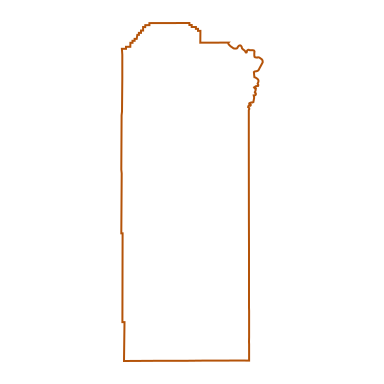 outline of Malheur, Oregon, United States of America
{"feature_id": "52423323B27805484985565", "entity_name": "Malheur", "entity_type": "district", "adm_level": 2, "iso_a3": "USA", "parent_name": "United States of America", "parent_adm1": "Oregon", "projection": "equal_earth", "projection_center": [-117.238, 43.221], "detail": "fine", "context": "isolated", "style": "outline", "palette": "amber", "viewbox_px": 384, "rotation_deg": 0, "n_neighbors": 0, "source": "geoboundaries", "source_scale": "gbopen_adm2", "svg_char_len": 2451}
<svg xmlns="http://www.w3.org/2000/svg" viewBox="0 0 384 384"><path d="M122.3,78.4L122.0,111.7L121.6,115.3L121.3,169.7L121.7,173.3L121.3,233.3L122.6,233.3L122.4,322.1L124.5,322.1L124.0,361.0L158.6,360.8L185.1,360.8L185.3,360.8L204.6,360.6L208.8,360.6L228.7,360.6L230.8,360.5L244.6,360.5L246.0,360.6L247.5,360.6L249.1,360.6L249.1,344.1L249.0,341.9L249.1,337.3L249.1,310.7L249.0,307.8L249.0,273.5L249.0,248.3L249.0,248.2L248.9,218.1L248.8,141.8L248.8,141.7L248.8,139.6L248.8,139.3L248.8,138.7L248.8,137.3L248.8,136.3L248.8,135.9L248.8,135.3L248.8,134.4L248.8,129.9L248.8,128.4L248.8,127.6L248.8,127.3L248.8,124.1L248.8,123.0L248.8,120.5L248.8,120.3L248.8,110.1L249.3,108.9L249.1,108.0L248.1,107.1L248.5,105.9L248.9,105.6L249.6,105.6L250.2,105.8L250.6,105.5L250.8,104.9L250.5,104.4L249.5,104.1L249.2,103.8L249.4,103.2L250.5,102.7L251.7,102.4L251.9,102.4L252.5,102.5L252.7,102.4L253.4,102.0L253.4,101.8L253.7,100.3L254.1,98.1L254.1,97.4L254.0,96.7L253.7,95.4L255.2,95.2L255.8,94.6L255.8,93.3L255.0,92.8L254.8,92.2L255.2,91.5L255.6,90.3L255.7,89.4L255.8,88.8L255.9,88.4L255.4,88.1L254.7,88.3L254.1,87.4L254.9,86.9L255.8,86.2L258.1,85.9L258.3,85.0L257.6,83.6L258.2,82.4L258.5,80.9L258.4,80.6L258.2,79.8L257.5,78.9L256.2,78.0L254.5,77.1L254.4,77.1L254.3,76.5L253.9,72.1L254.3,71.7L255.0,71.4L256.1,71.3L257.5,70.9L258.1,70.5L258.5,70.1L259.1,69.1L259.2,68.8L262.4,62.9L262.5,62.7L262.7,62.2L262.7,61.9L262.5,60.4L262.0,59.6L261.8,59.3L259.4,57.6L258.3,57.3L257.8,57.3L257.3,57.6L257.0,57.6L255.2,57.3L255.0,57.2L254.5,56.8L254.3,55.4L254.3,52.9L254.5,51.6L254.3,51.0L254.1,50.6L252.9,50.2L251.4,50.2L249.7,50.2L249.4,50.1L248.9,49.8L248.6,49.8L248.2,49.8L247.8,50.0L247.1,50.6L246.7,52.1L246.6,52.4L246.3,52.5L245.9,52.5L245.6,52.2L245.3,51.4L244.4,50.4L243.3,49.6L242.1,48.5L242.0,48.2L241.7,47.0L241.6,46.7L241.2,46.1L240.8,45.7L240.6,45.5L240.2,45.4L239.8,45.4L239.1,45.7L238.8,45.8L237.8,47.0L237.6,47.3L237.5,47.7L237.4,47.8L237.0,48.3L236.4,48.5L235.0,48.6L233.6,48.4L231.2,46.7L230.7,46.4L228.7,44.4L228.1,43.1L228.1,42.9L228.4,42.6L200.3,42.7L200.4,30.9L198.0,30.9L198.0,28.9L195.9,28.9L195.9,27.0L191.7,27.0L191.7,25.0L189.4,25.0L189.4,23.0L149.4,23.1L149.4,25.1L145.3,25.1L145.2,27.1L143.1,27.0L143.1,30.5L141.0,30.5L141.0,32.9L138.9,32.9L138.9,34.9L137.3,34.9L136.7,38.9L134.6,38.9L134.6,40.8L132.5,40.8L132.5,42.8L130.4,42.8L130.3,46.8L126.0,46.8L126.0,48.8L121.9,48.8L122.3,54.7L122.3,78.4Z" fill="none" stroke="#b45309" stroke-width="2"/></svg>